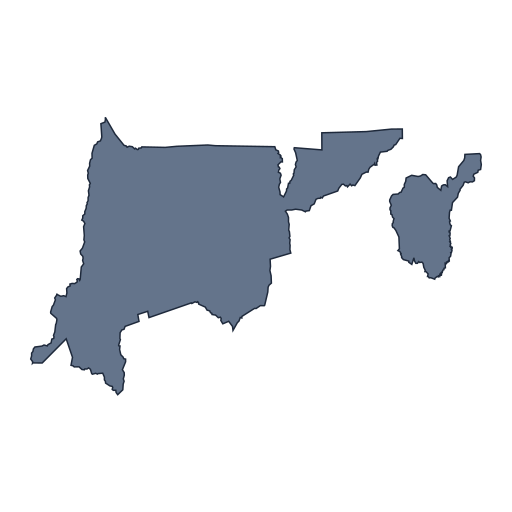 Kasena Nankana West, Upper East, Ghana
{"feature_id": "2480657B70680953475259", "entity_name": "Kasena Nankana West", "entity_type": "district", "adm_level": 2, "iso_a3": "GHA", "parent_name": "Ghana", "parent_adm1": "Upper East", "projection": "equal_earth", "projection_center": [-1.202, 10.874], "detail": "fine", "context": "isolated", "style": "filled", "palette": "slate", "viewbox_px": 512, "rotation_deg": 0, "n_neighbors": 0, "source": "geoboundaries", "source_scale": "gbopen_adm2", "svg_char_len": 6024}
<svg xmlns="http://www.w3.org/2000/svg" viewBox="0 0 512 512"><path d="M117.7,394.7L122.8,389.8L123.2,384.1L124.1,381.2L123.3,378.9L124.3,375.2L124.2,372.6L122.4,369.7L125.6,361.8L125.6,359.1L123.7,358.7L123.2,357.2L120.8,354.7L119.6,349.5L120.0,346.0L118.9,345.9L118.6,345.2L120.4,339.6L119.9,338.5L120.1,332.7L121.9,329.9L124.0,329.3L125.1,326.4L139.0,321.4L137.8,314.5L147.7,311.3L149.0,317.6L191.3,302.9L191.8,303.5L195.0,301.8L196.9,302.4L197.7,301.7L198.5,302.7L198.7,304.1L205.3,307.1L207.0,310.1L209.7,310.9L210.5,312.7L211.8,313.3L212.0,314.5L215.6,315.1L218.3,317.7L220.4,317.2L221.2,318.6L220.8,320.4L222.8,323.8L228.7,321.3L232.5,326.4L233.0,330.4L237.4,322.6L238.9,321.2L240.3,317.5L241.8,318.0L241.9,316.4L254.5,308.4L256.1,308.5L260.4,305.6L264.2,305.7L264.7,305.2L267.8,292.0L268.1,287.2L269.0,285.2L271.4,283.1L271.1,275.7L269.9,270.5L270.5,266.4L270.1,259.2L290.8,253.1L289.9,249.6L290.1,245.3L289.7,243.2L290.1,239.6L289.1,237.9L289.9,236.4L289.4,231.6L288.7,230.1L289.2,224.3L288.5,221.9L288.5,217.5L287.3,214.0L285.4,211.2L287.2,210.0L291.7,210.0L295.6,209.2L301.7,210.0L305.4,211.8L305.9,211.1L309.3,210.6L311.0,205.7L314.2,203.9L316.0,199.3L317.9,198.4L320.2,198.3L320.7,197.3L322.2,198.0L323.5,196.0L337.7,191.0L338.8,188.3L341.8,184.4L343.5,184.2L345.4,185.9L346.8,185.6L347.5,186.9L350.1,184.1L351.6,185.8L352.9,185.0L354.9,185.6L360.3,177.9L361.9,174.3L366.2,172.1L368.1,172.1L368.7,169.4L370.0,167.3L373.8,164.5L374.4,164.8L374.6,163.8L375.2,165.2L376.9,165.0L376.5,162.5L377.6,161.2L377.2,158.8L377.5,158.2L378.0,158.5L378.5,156.0L380.4,152.1L387.1,151.3L388.0,150.3L390.9,149.3L393.3,146.9L394.2,145.0L395.7,144.6L399.9,138.3L402.4,138.5L402.3,129.0L391.3,129.1L366.2,131.6L321.8,132.8L321.9,149.9L294.3,147.7L294.0,149.1L295.6,152.7L297.3,160.5L296.1,162.0L295.4,164.5L296.1,166.9L294.3,169.7L294.0,173.1L293.3,173.9L293.7,175.3L291.2,180.4L290.0,181.3L289.7,183.3L288.5,183.3L287.6,188.0L286.6,189.0L286.5,191.0L283.6,196.9L280.1,194.6L280.0,191.9L278.7,187.2L279.4,184.2L280.5,182.4L279.8,178.9L281.1,175.2L280.4,173.2L278.4,172.3L278.8,170.0L279.9,168.7L279.3,167.2L278.4,166.9L278.0,164.8L280.9,161.9L282.4,161.9L282.3,158.6L280.9,157.6L280.9,156.7L280.4,157.2L280.3,155.0L278.0,153.5L278.7,152.7L278.4,151.0L275.8,149.8L274.8,146.7L215.4,145.7L207.8,145.0L176.8,146.3L165.2,147.4L141.8,146.9L141.3,147.9L138.7,148.2L138.3,149.4L137.3,149.6L135.5,148.2L134.7,148.9L132.3,146.7L129.2,146.2L127.1,147.2L126.3,146.0L124.0,145.3L115.0,134.1L105.3,117.3L105.4,119.6L104.9,122.1L100.9,123.7L101.8,136.8L101.5,138.3L100.4,140.9L97.6,141.9L96.8,143.9L94.3,145.3L92.0,153.3L92.1,158.2L90.5,159.7L89.6,163.3L89.7,166.1L87.6,170.5L88.3,173.2L87.7,175.0L87.8,178.5L90.3,183.4L89.4,184.8L89.6,186.9L88.4,190.8L89.0,195.2L88.1,197.5L88.1,200.7L87.0,202.7L87.3,203.9L86.3,205.6L86.2,208.2L84.8,211.6L84.8,214.0L82.8,215.7L82.7,218.2L81.8,220.1L83.6,221.2L84.9,223.5L83.6,226.7L84.3,235.5L83.9,239.8L84.7,241.9L82.4,248.2L80.1,251.0L80.7,254.0L82.8,256.3L83.1,258.2L82.6,260.4L83.7,263.8L81.3,267.0L80.2,279.3L79.7,280.3L79.0,278.9L77.6,278.7L76.8,279.5L77.3,280.9L77.0,282.1L74.7,283.6L72.1,283.4L69.9,284.1L70.2,285.9L67.7,287.1L66.6,288.7L66.9,293.0L66.0,296.6L63.7,295.7L60.8,296.3L57.0,294.4L56.7,293.6L56.8,294.9L54.7,298.0L55.4,299.8L53.4,305.2L52.2,306.5L50.6,312.1L50.8,313.3L56.6,318.4L56.9,319.8L56.2,323.7L55.7,324.3L54.8,332.0L53.5,335.4L54.0,336.8L53.7,338.5L51.8,339.1L51.1,342.9L48.0,344.6L47.3,345.9L44.0,345.0L41.9,346.1L34.9,347.0L33.4,348.9L32.9,351.5L31.6,353.1L31.6,356.0L30.7,359.0L32.7,361.8L32.5,363.3L32.9,362.9L42.2,363.0L66.2,338.8L72.5,357.3L71.0,365.3L73.0,365.8L74.2,366.9L79.0,366.8L81.9,369.5L84.4,369.8L84.9,368.9L87.0,369.0L88.6,367.9L90.4,369.3L91.7,373.6L92.4,374.2L95.7,373.3L97.4,374.1L98.0,373.6L102.7,373.2L104.4,377.1L104.4,379.9L105.4,381.3L105.6,383.1L109.9,385.9L112.3,386.4L112.7,387.5L112.2,389.4L113.3,390.3L115.8,390.3L116.1,392.5L117.7,394.7ZM451.4,252.5L452.0,250.5L451.4,249.3L452.1,248.9L452.2,247.4L451.1,247.6L450.3,246.6L451.0,246.5L450.1,245.1L450.8,243.6L449.8,241.8L450.4,241.7L449.7,239.5L450.2,238.5L449.2,235.8L449.9,235.6L450.1,233.5L449.9,232.2L449.1,232.0L449.1,231.0L450.1,230.7L451.4,225.7L450.3,224.8L449.7,223.0L449.6,221.3L450.3,221.0L449.1,218.3L449.5,212.3L450.2,210.1L451.4,210.2L452.5,202.6L457.5,197.2L458.3,193.3L460.1,190.3L460.0,189.3L463.1,185.3L464.2,182.3L465.4,181.8L468.2,182.8L469.9,181.8L472.5,181.9L474.4,180.7L474.5,177.9L473.2,176.2L473.8,174.2L477.8,172.3L478.2,170.2L480.6,169.5L481.3,164.6L480.6,160.3L481.1,157.0L480.6,154.7L479.6,153.6L464.9,154.4L464.7,157.9L463.8,160.5L458.6,166.7L457.1,175.3L456.2,177.1L452.6,179.4L450.4,177.0L448.6,177.7L447.1,180.8L447.6,186.6L445.2,184.7L443.3,184.9L441.6,186.0L440.8,190.3L437.3,187.4L436.7,184.8L435.7,183.5L433.5,183.6L432.7,183.0L425.7,174.8L422.8,174.5L420.5,176.0L418.1,176.5L411.7,175.3L406.1,178.0L405.7,181.4L404.3,184.4L404.3,187.3L403.0,188.1L401.1,192.2L399.7,192.5L398.1,194.0L393.1,194.4L391.5,196.0L389.7,200.0L389.7,201.5L391.3,205.2L390.0,207.9L390.0,209.8L390.8,210.7L390.8,214.1L391.9,214.6L392.6,217.2L394.0,218.6L393.2,221.3L393.3,222.5L392.3,223.7L392.2,225.7L392.9,227.4L394.0,227.8L395.9,230.5L398.9,237.0L399.4,248.8L397.9,250.6L399.8,251.5L401.1,253.7L400.6,254.0L401.7,256.6L401.6,257.6L403.4,259.6L408.8,261.1L408.8,262.3L411.8,264.4L413.9,257.8L414.5,260.9L415.8,263.3L417.5,263.3L418.7,261.6L419.7,262.5L421.9,262.1L423.1,263.4L423.8,267.3L425.2,270.2L424.9,271.6L426.1,271.7L428.1,273.9L427.5,276.5L428.3,276.6L429.2,277.9L430.8,277.7L434.7,279.2L435.0,278.2L436.9,276.6L438.6,276.9L438.5,275.8L439.4,276.0L439.7,275.0L440.0,275.7L440.4,274.5L440.7,275.3L441.4,275.2L441.5,274.6L440.6,274.0L440.8,273.2L441.4,273.2L441.3,272.6L441.9,272.0L442.3,272.3L442.8,270.2L443.9,269.7L444.0,268.3L445.4,267.8L445.2,263.8L445.6,264.2L446.1,262.8L446.6,262.8L446.5,262.1L446.9,261.9L447.0,262.7L448.5,260.7L448.7,261.6L449.3,261.1L449.1,257.8L450.6,256.2L451.0,253.6L450.7,252.6L451.4,252.5Z" fill="#64748b" stroke="#1e293b" stroke-width="1.5"/></svg>